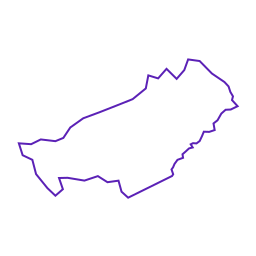 Kato Zodeia, Cyprus, rotated 184°
{"feature_id": "46923920B4985084471398", "entity_name": "Kato Zodeia", "entity_type": "district", "adm_level": 2, "iso_a3": "CYP", "parent_name": "Cyprus", "parent_adm1": "", "projection": "mercator", "projection_center": [32.975, 35.159], "detail": "fine", "context": "isolated", "style": "outline", "palette": "violet", "viewbox_px": 256, "rotation_deg": 184, "n_neighbors": 0, "source": "geoboundaries", "source_scale": "gbopen_adm2", "svg_char_len": 877}
<svg xmlns="http://www.w3.org/2000/svg" viewBox="0 0 256 256"><g transform="rotate(184 128 128)"><path d="M35.0,180.6L48.1,188.2L61.2,199.8L72.8,200.6L75.9,189.7L82.9,180.4L93.7,189.7L101.4,179.6L111.4,181.9L113.0,168.7L125.4,157.1L141.6,149.3L157.8,141.6L173.3,134.6L185.6,124.5L191.8,113.6L199.5,109.8L214.2,110.5L223.5,105.1L235.8,105.1L231.2,93.5L221.2,89.6L216.5,75.6L204.2,62.4L195.7,55.4L188.7,62.4L193.3,73.3L184.8,74.1L167.8,72.5L154.7,77.9L144.7,72.5L133.8,74.8L130.0,64.0L123.0,58.5L80.7,83.2L79.7,85.0L81.7,89.7L80.3,91.9L79.1,95.4L76.4,99.7L71.0,102.1L71.8,105.6L69.2,108.2L65.7,111.9L62.1,113.1L64.3,116.1L62.1,117.4L58.6,117.4L55.6,120.0L53.6,125.1L52.1,129.6L46.7,129.8L41.4,132.0L43.0,138.5L39.2,142.0L35.9,148.9L31.9,153.0L26.8,153.6L20.2,157.4L26.2,163.1L25.5,166.9L28.4,171.1L30.6,176.5L35.0,180.6Z" fill="none" stroke="#5b21b6" stroke-width="2"/></g></svg>